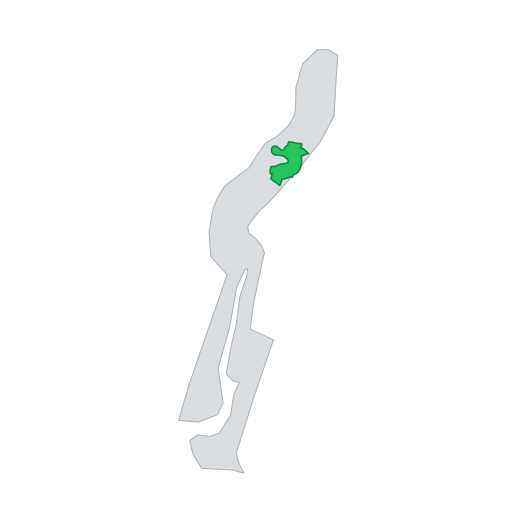 Upper Fuladu West, Central River, Gambia shown in context, rotated 288°
{"feature_id": "56634734B91081024976770", "entity_name": "Upper Fuladu West", "entity_type": "district", "adm_level": 2, "iso_a3": "GMB", "parent_name": "Gambia", "parent_adm1": "Central River", "projection": "albers", "projection_center": [-14.638, 13.443], "detail": "fine", "context": "in_parent", "style": "filled", "palette": "green", "viewbox_px": 512, "rotation_deg": 288, "n_neighbors": 0, "source": "geoboundaries", "source_scale": "gbopen_adm2", "svg_char_len": 4261}
<svg xmlns="http://www.w3.org/2000/svg" viewBox="0 0 512 512"><g transform="rotate(288 256 256)"><path d="M75.8,233.2L112.8,232.1L157.5,232.9L206.3,233.9L229.3,234.3L241.4,213.2L264.4,203.9L287.9,200.5L300.1,201.5L313.0,204.6L337.8,222.0L353.2,226.0L366.2,230.0L375.5,238.5L390.4,246.8L402.0,249.1L409.0,247.8L420.5,244.5L428.1,241.9L452.8,240.8L471.0,250.5L474.8,261.1L471.8,271.9L447.4,277.9L413.6,287.0L385.6,282.1L351.5,269.7L331.6,260.7L323.3,257.2L310.9,251.5L300.0,245.4L289.6,241.4L281.6,238.9L275.7,242.0L272.7,249.6L267.9,257.9L261.8,262.9L233.2,265.8L207.6,268.7L193.8,271.3L184.7,273.2L181.6,298.5L152.6,298.1L124.1,297.6L94.5,297.9L62.6,298.1L54.4,303.2L45.8,311.5L45.0,298.8L37.2,269.9L48.1,257.3L60.0,249.9L67.9,256.0L70.2,267.8L76.3,275.9L97.1,281.0L117.9,277.6L130.5,279.3L130.1,272.8L134.5,264.1L159.6,260.6L186.2,258.2L213.5,253.1L234.8,253.4L241.2,252.0L239.7,249.8L220.5,247.2L179.6,253.0L137.9,254.5L106.2,270.1L93.3,268.5L80.3,252.7L75.8,233.2Z" fill="#d9dde1" stroke="#a8b0b8" stroke-width="1"/><path d="M338.9,243.9L338.9,244.0L338.9,244.4L338.9,244.5L338.8,244.8L338.7,244.8L338.6,245.0L338.5,245.3L338.6,245.5L338.7,245.9L338.8,245.9L338.9,246.0L338.4,246.0L337.9,246.1L334.1,246.1L333.6,247.5L332.9,249.4L331.9,252.5L331.3,254.1L330.4,256.8L331.3,257.0L331.9,257.1L334.6,257.1L334.9,257.1L335.5,257.1L336.3,257.1L337.3,257.1L337.7,258.2L337.9,258.8L338.2,259.4L338.6,260.0L339.1,260.6L339.3,261.0L339.6,261.3L339.9,261.9L340.1,262.2L340.4,262.5L340.5,262.6L340.9,263.2L341.2,263.5L341.5,263.7L341.7,263.8L341.8,263.9L342.2,264.3L342.3,264.4L342.2,264.8L342.1,265.4L342.2,266.1L342.3,266.1L342.5,266.4L344.5,266.3L345.2,266.9L345.5,267.3L346.1,267.9L346.6,268.4L347.2,269.1L347.9,269.5L348.0,269.6L348.4,269.9L348.9,270.1L349.2,270.2L349.6,270.2L350.0,270.4L350.9,270.6L351.2,270.6L351.8,270.8L352.1,270.8L352.4,270.9L352.5,271.0L352.9,271.0L353.1,271.0L353.6,271.0L354.0,271.0L354.3,270.9L355.1,270.9L355.7,270.9L356.0,271.0L356.7,270.9L356.8,270.9L357.3,270.9L357.8,270.7L358.2,270.7L358.8,270.6L359.2,270.4L359.5,270.4L360.0,270.3L360.3,270.2L360.8,270.0L361.7,269.6L362.1,269.3L362.8,269.2L363.3,269.1L363.7,268.9L363.9,268.8L364.2,268.5L364.3,268.3L364.7,267.9L364.9,268.0L365.4,268.7L366.2,269.8L366.5,270.2L368.6,272.5L368.9,273.1L369.2,273.6L369.6,274.1L369.8,274.2L371.0,271.6L372.6,268.1L372.7,265.8L372.4,264.9L372.5,264.8L373.0,265.2L373.1,265.4L373.3,265.4L373.5,265.2L374.2,265.3L374.4,265.3L374.8,265.2L375.0,265.2L375.1,265.4L375.8,265.3L376.1,265.0L376.3,264.9L376.5,264.8L376.9,264.7L376.9,264.3L376.7,263.9L376.6,263.7L376.4,263.3L376.4,262.8L376.5,262.8L376.5,262.6L376.5,262.4L376.4,261.8L376.4,261.7L376.2,261.4L376.1,260.9L375.9,260.6L376.0,260.6L376.0,260.4L375.8,260.0L375.8,259.5L375.8,259.3L375.8,259.2L375.6,258.4L375.7,257.9L375.7,257.4L375.6,255.9L375.2,254.5L375.2,254.4L375.0,253.5L375.0,252.8L374.6,252.1L374.4,251.9L373.3,251.7L372.0,251.8L371.5,251.9L371.1,251.8L370.7,251.6L368.8,250.1L368.5,249.9L368.1,249.8L366.4,249.7L366.2,249.7L365.5,249.4L365.2,249.2L364.9,248.9L364.7,248.5L364.6,248.2L364.8,246.9L365.0,246.4L365.4,245.0L365.7,244.3L366.4,242.8L366.6,242.1L366.5,241.2L366.3,239.7L366.1,239.0L365.8,238.7L365.3,238.4L365.0,238.3L364.6,238.1L363.6,237.7L363.2,237.7L362.6,237.7L362.0,237.9L360.9,238.2L360.4,238.4L360.0,238.7L359.4,239.2L358.8,240.0L358.3,240.7L358.0,241.8L358.0,242.1L358.0,242.6L358.2,243.8L358.7,245.5L358.9,246.5L359.1,247.9L359.4,249.3L359.4,249.7L359.4,250.1L359.4,250.4L359.4,251.1L359.4,251.6L359.3,252.2L359.1,252.8L358.6,254.0L358.2,254.9L358.0,255.8L357.9,255.9L357.8,256.3L357.3,256.7L356.6,257.2L356.0,257.4L355.4,257.5L354.7,257.5L354.4,257.4L354.3,257.2L354.1,256.9L354.0,256.7L353.5,256.0L353.3,255.7L353.2,255.6L353.2,255.4L352.8,254.7L352.7,254.4L352.6,254.1L352.5,253.8L352.2,253.4L352.0,253.0L351.6,252.3L351.5,251.9L351.3,251.6L351.1,251.2L350.5,250.3L350.4,250.1L349.6,249.0L349.2,248.6L348.9,248.3L348.5,247.9L348.3,247.6L348.0,247.3L347.8,247.2L347.3,246.6L346.7,246.0L346.4,245.1L346.5,244.5L346.4,244.4L346.2,243.8L346.1,243.5L345.5,242.7L345.4,242.5L344.8,242.8L344.3,243.0L343.6,242.9L342.5,242.8L342.3,242.8L342.0,242.8L341.1,243.2L340.3,243.5L340.2,243.5L338.9,243.9L338.9,243.9Z" fill="#22c55e" stroke="#15803d" stroke-width="1.5"/></g></svg>